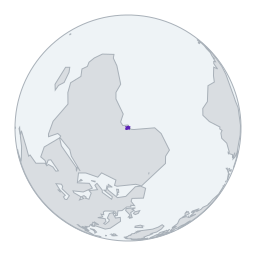 globe centered on Delta, rotated 185°
{"feature_id": "NGA-2860", "entity_name": "Delta", "entity_type": "State", "adm_level": 1, "iso_a3": "NGA", "parent_name": "Nigeria", "parent_adm1": "", "projection": "orthographic", "projection_center": [5.747, 5.78], "detail": "fine", "context": "on_globe", "style": "filled", "palette": "violet", "viewbox_px": 256, "rotation_deg": 185, "n_neighbors": 0, "source": "natural_earth", "source_scale": "10m", "svg_char_len": 8793}
<svg xmlns="http://www.w3.org/2000/svg" viewBox="0 0 256 256"><g transform="rotate(185 128 128)"><circle cx="128" cy="128" r="113" fill="#eef3f6" stroke="#a8b0b8"/><path d="M87.7,22.8L88.0,22.7L85.4,23.7L88.4,22.6L90.5,21.8L92.5,21.1L93.2,21.0L90.1,22.1L89.3,22.3L88.8,22.6L86.9,23.3L88.3,22.8L84.4,24.5L89.3,22.7L87.1,23.8L84.2,25.0L83.2,25.1L74.0,29.1L72.8,29.8L80.1,26.0L87.7,22.8ZM69.4,31.8L67.4,33.1L63.7,36.3L60.7,38.4L57.6,41.2L59.9,39.7L63.1,37.1L66.4,35.4L69.9,32.7L71.8,31.8L76.0,29.3L76.7,29.6L75.3,31.3L71.9,33.5L71.1,34.4L75.5,32.5L70.3,37.1L68.8,41.4L67.3,42.8L62.3,44.8L59.4,44.1L52.9,48.0L58.5,45.6L54.7,49.7L54.6,50.6L55.7,50.6L57.7,49.1L56.7,50.8L50.8,53.5L51.6,52.0L53.5,51.1L52.1,50.9L48.1,53.4L46.4,55.6L42.1,58.0L40.9,59.8L39.2,61.5L41.5,58.5L37.4,64.2L32.0,70.0L26.3,81.0L30.4,72.2L30.9,70.9L35.2,64.2L39.9,57.8L45.0,51.8L50.6,46.2L56.5,41.0L62.8,36.2L69.4,31.8ZM19.5,97.6L19.3,98.6L17.5,106.5L16.8,110.9L17.3,110.2L17.6,112.6L18.9,108.3L20.6,106.3L19.4,112.8L21.3,107.1L21.6,110.6L25.7,111.4L25.0,112.8L28.3,121.5L33.7,125.9L35.0,131.0L34.1,133.8L36.5,135.1L36.5,137.0L47.5,141.5L54.5,147.2L55.2,154.0L51.2,161.2L52.0,177.1L46.0,181.3L47.4,187.5L47.9,196.1L43.9,194.6L48.1,199.5L48.4,201.8L46.6,201.6L48.9,204.7L47.8,204.4L50.4,206.8L52.6,210.3L56.6,213.8L59.2,216.6L61.9,218.7L61.4,218.4L61.9,219.0L63.3,220.0L60.0,217.7L54.5,213.3L52.3,211.2L51.5,210.7L46.5,205.2L47.1,206.2L39.8,197.4L35.3,190.2L25.2,168.5L23.2,163.8L20.1,157.9L16.2,140.6L15.8,134.1L15.6,130.7L16.5,121.9L17.2,113.0L17.1,111.5L16.4,114.6L17.0,108.9L19.5,97.6ZM24.6,84.7L24.0,91.0L22.7,91.1L23.3,90.2L23.8,87.8L24.1,85.3L23.5,86.1L24.6,84.7ZM27.9,79.0L27.9,78.4L28.1,78.5L27.9,79.0ZM75.3,29.4L75.6,29.4L74.7,29.8L75.3,29.4ZM76.7,28.4L75.4,29.0L75.9,28.7L76.7,28.3L76.7,28.4ZM78.3,27.9L77.0,28.0L77.9,27.4L81.7,25.7L78.3,27.9ZM90.9,21.7L88.6,22.5L89.8,22.0L90.9,21.7ZM93.4,20.9L93.2,20.9L96.4,19.9L97.3,19.7L96.0,20.0L93.4,20.9ZM95.7,20.2L97.7,19.6L96.9,20.0L93.8,20.8L95.7,20.2ZM95.1,21.4L94.8,21.2L96.4,20.6L95.1,21.4ZM98.5,19.4L98.8,19.3L99.4,19.1L100.6,18.9L98.5,19.4ZM104.7,17.8L101.7,18.5L101.8,18.5L104.7,17.8ZM103.6,18.2L100.1,19.2L100.2,19.6L98.8,20.0L98.8,19.4L103.6,18.2ZM102.7,18.3L102.9,18.3L101.0,18.7L99.7,19.0L102.7,18.3ZM104.0,18.2L104.8,17.9L104.2,18.1L104.0,18.2ZM107.0,17.3L106.9,17.4L106.4,17.4L107.0,17.3ZM106.9,17.5L105.8,17.8L104.9,17.9L106.9,17.5ZM107.2,17.4L108.5,17.1L105.3,17.8L106.8,17.4L107.2,17.4ZM107.8,17.2L108.1,17.1L107.9,17.2L107.8,17.2ZM111.1,17.0L107.2,17.8L105.1,18.0L109.2,17.2L111.1,17.0ZM66.9,222.3L60.9,218.5L63.6,220.3L62.2,218.9L66.5,221.6L66.9,222.3ZM64.0,218.9L64.3,218.3L65.3,218.9L65.4,219.5L64.0,218.9ZM236.2,96.6L235.7,95.1L236.2,97.3L235.0,93.2L231.6,85.4L231.6,88.5L232.4,100.2L234.6,110.9L234.0,116.0L228.2,101.3L224.5,91.3L223.2,92.6L216.7,84.9L207.6,85.7L205.6,83.3L204.1,84.7L199.4,82.6L196.1,78.7L193.6,79.3L202.1,89.6L204.7,89.1L206.0,84.6L207.9,88.5L212.4,91.6L209.8,101.8L195.3,112.2L192.8,104.3L176.0,84.1L175.9,81.7L175.8,81.4L175.5,81.0L175.1,84.9L171.9,81.0L182.0,95.0L184.1,101.4L195.1,112.7L194.3,114.1L197.5,116.4L206.4,112.4L206.7,115.1L203.2,128.2L189.9,146.6L191.0,158.1L189.1,168.1L179.4,175.3L179.0,182.8L173.8,185.8L172.6,190.1L167.7,194.8L160.0,199.4L148.4,200.1L148.7,196.3L144.5,189.0L139.1,171.0L143.1,162.4L142.5,155.8L134.0,141.5L135.9,133.3L133.4,130.0L128.3,131.0L125.2,127.0L122.0,127.0L101.4,130.5L94.5,125.4L84.8,109.6L88.1,103.2L87.6,95.9L109.5,71.5L115.3,72.6L133.9,69.0L136.4,69.7L135.5,75.1L150.4,81.0L153.8,76.4L166.0,79.5L173.4,78.9L173.7,69.0L161.7,69.5L158.3,65.0L167.0,60.4L177.3,60.6L176.4,58.9L168.8,55.3L170.1,52.1L166.0,53.9L168.4,55.5L166.0,56.8L163.6,55.4L164.1,54.3L160.7,53.7L159.0,59.9L161.3,62.3L153.0,63.9L156.0,68.1L154.1,70.2L148.3,64.0L148.0,61.6L138.1,55.6L137.6,58.1L147.0,64.2L144.5,63.8L144.0,67.8L142.5,64.5L132.4,57.7L124.2,59.7L115.6,70.1L110.4,71.2L105.2,69.5L106.5,59.5L117.9,58.2L118.5,55.2L114.7,51.2L118.5,51.3L118.3,49.7L122.4,49.2L126.8,45.2L130.8,44.6L131.0,40.0L133.1,39.3L132.3,42.1L134.0,44.0L143.8,43.3L145.2,42.2L144.6,39.5L147.3,39.8L145.4,37.3L150.3,36.1L142.8,35.6L141.8,32.9L143.9,30.8L142.3,30.0L138.8,33.4L138.7,35.0L140.7,36.4L139.1,41.2L136.0,42.2L132.6,37.2L127.9,38.3L127.3,34.4L137.0,26.6L141.9,25.3L153.0,28.0L152.7,29.5L148.6,29.1L153.8,31.7L152.7,30.4L155.0,30.9L154.6,28.9L156.3,29.2L153.2,27.0L155.1,27.1L157.0,28.5L158.2,26.2L161.8,26.3L161.3,25.7L159.7,25.0L165.4,26.0L164.7,25.5L162.6,25.0L160.0,23.8L157.6,22.2L159.7,22.6L160.8,23.2L166.4,25.4L169.2,27.3L169.8,27.3L167.9,25.8L161.1,23.1L159.0,22.1L162.3,23.2L161.0,22.7L160.6,22.3L162.2,22.4L158.6,21.3L151.7,18.1L154.1,18.5L157.8,19.4L156.8,19.1L164.8,21.5L172.5,24.5L180.0,28.1L187.2,32.2L194.1,36.8L200.6,41.9L206.7,47.4L212.4,53.4L217.7,59.8L222.4,66.6L226.7,73.7L230.4,81.1L233.6,88.8L236.2,96.6ZM103.4,83.6L103.2,85.7L103.4,83.6ZM189.4,66.2L194.9,66.3L190.5,60.5L192.2,60.2L190.1,58.5L190.1,60.1L184.6,55.5L186.3,53.8L184.6,51.5L182.7,51.4L180.5,55.4L188.4,61.7L188.0,64.2L189.4,66.2ZM25.8,111.4L26.2,112.7L25.4,112.6L25.8,111.4ZM21.7,93.7L22.0,94.0L21.9,95.1L21.5,95.3L21.7,93.7ZM25.9,95.6L26.6,96.4L25.6,96.6L25.9,95.6ZM24.1,91.9L25.4,95.2L23.3,96.5L22.6,94.6L23.6,94.3L24.1,91.9ZM26.1,82.4L26.1,83.0L25.5,84.1L26.1,82.4ZM28.1,79.1L28.3,78.2L28.1,79.1ZM55.0,49.5L55.5,49.4L56.2,49.7L55.1,50.3L55.0,49.5ZM63.7,47.9L61.9,50.5L62.4,48.9L60.6,49.9L59.5,48.0L66.5,43.5L63.5,45.8L63.7,47.9ZM59.9,44.7L59.8,46.1L59.7,44.8L59.9,44.7ZM113.2,42.4L115.1,43.2L114.2,45.0L109.1,46.7L110.3,43.9L113.2,42.4ZM118.0,43.9L116.0,39.1L119.1,38.1L117.7,39.4L119.9,39.3L118.3,41.4L123.2,45.7L122.7,47.6L113.6,49.1L116.8,47.4L114.7,46.6L118.0,43.9ZM105.5,31.3L104.7,30.0L112.4,29.5L112.3,30.8L107.2,32.3L104.4,31.7L105.5,31.3ZM85.3,25.2L84.5,25.3L85.4,24.9L86.8,24.5L85.3,25.2ZM94.8,21.4L89.8,24.4L88.6,24.7L87.1,26.6L83.4,28.1L84.5,26.7L80.5,29.5L80.0,28.8L77.6,30.8L80.5,27.5L79.9,27.3L82.0,26.9L85.4,25.5L86.7,24.8L89.9,22.9L90.3,22.1L93.8,20.9L96.2,20.3L96.6,20.3L94.2,21.0L96.5,20.5L93.4,21.6L94.8,21.4ZM121.6,18.1L118.7,18.2L122.7,18.9L119.6,19.3L120.3,19.4L118.6,20.1L117.6,21.1L116.0,21.3L116.3,21.7L115.2,22.3L115.1,22.9L112.2,23.5L111.8,24.4L110.6,24.2L110.8,25.6L109.4,24.9L107.7,25.8L110.0,26.0L94.6,29.4L89.2,31.9L85.5,34.6L83.6,33.4L85.9,30.3L90.3,26.9L95.7,24.9L93.9,24.9L95.9,24.0L96.5,24.4L96.8,23.3L98.7,22.7L102.6,20.7L101.9,20.0L103.3,19.4L104.5,19.4L105.1,18.8L108.3,18.5L109.4,18.1L113.7,17.7L115.4,18.2L116.5,17.7L119.8,17.6L121.6,18.1ZM112.2,16.8L115.0,17.0L114.6,17.4L107.3,18.1L105.9,18.5L101.1,19.4L101.8,18.8L103.1,18.6L104.4,18.3L103.7,18.5L105.3,18.1L107.2,17.8L108.9,17.5L109.4,17.6L112.2,16.8ZM138.5,67.7L140.3,67.8L143.0,67.4L142.7,70.1L138.5,67.7ZM131.6,63.1L133.1,62.7L134.0,66.0L132.1,66.0L131.6,63.1ZM133.2,59.8L133.1,62.4L132.1,61.0L133.2,59.8ZM133.7,41.7L135.2,41.3L135.7,41.9L135.2,42.9L133.7,41.7ZM133.1,21.4L131.4,21.1L131.7,20.9L129.7,19.8L131.8,19.5L133.9,20.1L133.1,21.4ZM172.1,70.7L170.4,72.7L169.1,71.9L170.0,71.3L172.1,70.7ZM156.2,71.4L160.2,72.4L156.1,72.1L156.2,71.4ZM135.1,21.0L134.0,20.5L135.7,20.7L135.1,21.0ZM133.3,19.3L135.2,19.4L131.8,19.4L133.3,19.3ZM194.4,215.5L193.8,216.6L192.8,216.9L194.4,215.5ZM204.5,165.2L195.5,183.0L191.3,183.4L191.6,178.4L195.6,167.8L200.9,164.4L203.8,159.4L204.5,165.2ZM240.3,119.5L240.1,117.4L240.3,119.5ZM234.9,111.9L236.5,118.1L236.0,119.3L234.9,111.9ZM151.8,20.4L152.2,22.0L154.0,23.4L157.2,24.5L152.9,23.9L150.2,21.6L151.8,20.4ZM151.5,18.3L148.7,17.6L149.7,17.7L150.5,17.9L151.5,18.3ZM149.9,18.0L146.8,17.7L145.1,17.2L147.9,17.6L149.9,18.0ZM141.0,18.7L141.0,19.1L139.6,18.9L141.0,18.7Z" fill="#d9dde1" stroke="#a8b0b8" stroke-width="1"/><path d="M127.4,129.3L127.4,129.2L127.5,129.2L127.5,129.3L127.5,129.2L127.4,129.2L127.2,129.2L127.3,129.1L127.2,129.0L127.2,128.9L127.3,128.8L127.5,128.9L127.6,128.7L127.8,128.5L127.7,128.5L127.4,128.7L127.4,128.8L127.3,128.7L127.1,128.7L126.9,128.5L126.9,128.4L127.0,128.4L127.3,128.4L127.5,128.3L127.4,128.3L127.4,128.2L127.4,128.3L127.2,128.4L127.2,128.2L127.1,128.3L126.9,128.4L126.7,128.2L126.8,128.0L126.8,127.9L127.1,127.8L127.1,127.7L127.1,127.8L126.9,127.8L126.7,127.9L126.6,128.0L126.6,127.9L126.8,127.3L127.0,127.5L127.0,127.8L127.1,127.7L127.3,127.5L127.5,127.6L127.8,127.5L128.1,127.6L128.2,127.8L128.3,127.8L128.2,127.9L128.3,128.0L128.5,128.0L128.7,127.9L128.8,127.8L128.9,127.7L128.8,127.4L128.7,127.3L128.7,127.2L128.6,126.9L128.8,126.9L128.8,127.0L129.0,126.9L129.4,126.6L129.6,126.6L129.8,126.6L129.9,126.8L129.9,127.0L130.0,127.2L130.0,127.3L129.9,127.4L129.9,127.5L129.8,127.8L129.7,127.9L129.7,128.0L129.6,128.3L129.6,128.5L129.4,128.7L129.5,128.8L129.4,128.8L129.2,128.9L129.1,129.0L128.9,129.0L128.7,129.2L128.6,129.3L128.4,129.2L128.3,129.3L128.2,129.4L127.9,129.5L127.8,129.4L127.7,129.4L127.4,129.3Z" fill="#8b5cf6" stroke="#5b21b6" stroke-width="1.5"/></g></svg>